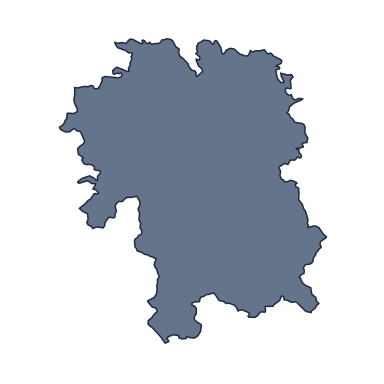 SVG path tracing the border of Guizhou, rotated 277°
{"feature_id": "CHN-1153", "entity_name": "Guizhou", "entity_type": "Province", "adm_level": 1, "iso_a3": "CHN", "parent_name": "China", "parent_adm1": "", "projection": "robinson", "projection_center": [106.929, 26.939], "detail": "fine", "context": "isolated", "style": "filled", "palette": "slate", "viewbox_px": 384, "rotation_deg": 277, "n_neighbors": 0, "source": "natural_earth", "source_scale": "10m", "svg_char_len": 5974}
<svg xmlns="http://www.w3.org/2000/svg" viewBox="0 0 384 384"><g transform="rotate(277 192 192)"><path d="M240.2,52.5L242.5,55.3L244.6,56.6L247.2,57.3L249.8,58.7L254.7,58.5L255.2,59.7L255.4,64.9L257.4,67.8L258.5,68.4L260.8,67.8L265.7,64.7L269.0,63.5L274.7,63.7L281.4,62.8L281.2,64.6L281.7,67.0L283.7,72.2L283.8,75.8L285.3,78.5L285.5,79.8L285.1,80.8L283.2,82.1L282.7,83.1L283.2,86.2L287.1,88.0L291.2,89.1L292.5,89.3L294.0,88.7L296.0,91.1L296.3,102.0L296.0,103.9L297.6,107.6L300.2,108.2L301.4,107.4L300.6,105.4L300.8,103.0L299.3,100.4L299.7,99.3L302.9,98.5L306.5,101.7L306.5,103.1L303.8,113.2L304.2,114.8L307.1,113.8L310.3,115.2L312.6,114.7L315.2,115.8L317.3,115.9L318.9,115.0L322.2,116.1L322.8,114.7L322.3,112.0L324.2,109.3L326.2,100.6L328.3,98.6L331.0,97.2L330.6,100.0L331.8,104.2L331.4,108.3L335.2,110.9L336.1,111.8L336.3,112.8L336.1,115.2L333.1,122.8L333.2,124.4L333.7,125.0L335.8,124.0L336.6,124.3L336.8,125.0L336.4,126.3L334.6,127.8L334.0,128.9L334.1,130.4L335.5,131.7L334.2,133.1L333.9,134.6L335.0,137.8L335.2,140.4L336.5,142.3L339.3,143.6L339.4,145.1L341.0,148.4L340.8,152.6L339.6,154.5L334.5,158.0L332.3,161.8L330.7,162.0L328.7,161.4L326.9,162.9L325.1,163.4L324.1,165.9L318.9,172.4L316.2,173.4L313.0,176.9L312.4,180.4L310.8,181.6L307.7,181.9L307.2,182.6L307.4,183.3L309.5,184.7L312.6,187.8L315.6,186.7L317.7,183.3L323.1,180.2L324.4,180.1L323.9,182.7L324.7,183.5L325.8,183.6L327.3,182.7L329.8,179.0L332.1,180.3L334.8,179.1L337.9,179.1L340.8,180.4L341.8,182.3L344.2,185.0L344.2,190.5L343.5,191.9L341.2,194.5L341.8,195.7L344.2,195.8L345.1,196.9L344.9,198.3L338.8,203.1L333.5,204.8L332.8,205.8L333.9,207.6L336.3,208.3L337.4,209.2L339.3,212.7L339.1,216.3L334.9,222.4L333.5,228.4L333.9,230.3L335.1,231.6L339.5,232.8L338.5,234.4L338.4,235.5L339.7,237.4L340.6,242.8L342.1,246.4L338.5,249.9L338.5,251.2L339.4,252.7L339.1,254.0L336.9,256.3L334.1,264.3L333.1,265.0L331.1,265.0L329.7,263.7L328.0,260.7L327.2,260.3L326.7,263.4L325.7,264.0L324.7,263.5L323.9,261.1L322.9,260.5L317.8,261.8L314.7,263.3L311.6,266.8L311.6,269.4L312.8,269.8L317.5,266.6L320.7,265.7L319.8,272.3L320.7,276.4L318.3,278.3L315.3,276.0L306.9,277.7L306.4,276.9L306.8,273.7L306.1,272.4L304.3,272.2L302.7,272.8L300.9,274.4L300.0,276.0L299.9,277.2L300.7,278.7L297.2,280.5L296.2,282.2L296.2,284.1L298.0,286.7L297.8,290.4L296.6,289.4L292.7,282.5L288.6,278.5L284.8,278.0L281.9,276.7L281.2,278.8L278.3,280.4L276.6,283.3L273.7,285.6L273.4,293.0L272.4,295.0L270.3,296.3L264.2,296.9L259.6,300.4L255.1,300.0L254.2,296.5L253.5,295.6L252.3,295.8L250.8,297.0L250.0,296.8L249.8,295.1L248.2,293.4L248.4,291.0L248.1,290.3L247.1,291.1L246.4,292.9L244.1,293.6L242.2,295.7L240.7,296.3L239.4,296.0L238.9,294.9L239.6,292.3L236.7,290.7L236.0,289.3L235.9,286.6L235.2,285.6L231.2,283.9L231.0,282.9L231.7,280.5L227.5,275.5L226.3,275.5L223.4,277.4L218.8,277.3L215.9,279.1L214.9,281.5L213.5,282.6L213.8,285.2L215.6,288.2L215.2,291.6L214.1,294.5L213.3,295.0L212.9,294.1L210.8,293.8L210.1,294.2L208.9,297.3L203.6,298.4L197.5,298.7L193.3,302.9L189.0,304.9L186.6,307.1L178.8,310.4L174.6,310.4L173.1,311.6L170.9,311.6L173.1,316.7L173.2,319.5L172.0,322.4L165.9,327.8L163.9,330.9L162.8,330.5L158.5,325.6L156.1,325.3L153.7,326.8L152.7,326.9L150.4,324.8L148.7,324.2L145.9,322.0L144.9,322.5L141.7,320.7L137.3,320.3L135.7,319.1L134.6,317.3L133.9,313.9L133.2,313.2L130.6,311.8L127.2,313.1L124.7,313.0L123.8,311.0L120.7,308.7L119.4,310.5L116.0,312.0L113.3,315.6L111.5,321.5L105.1,323.4L102.5,327.7L99.4,328.6L96.7,331.5L94.9,329.7L91.6,328.4L89.1,325.7L87.7,324.6L86.9,324.9L87.2,320.5L87.5,319.3L95.3,309.3L95.6,308.2L94.6,304.0L96.2,299.6L96.3,296.5L99.2,295.7L100.0,294.1L99.4,293.4L94.9,292.2L90.8,287.7L88.4,286.2L87.4,278.9L86.8,278.5L83.4,279.5L81.6,279.0L81.4,274.7L77.3,272.1L75.2,269.8L74.7,263.6L75.4,262.8L78.2,263.9L79.3,262.6L81.1,256.3L80.8,254.3L79.5,252.2L83.3,249.9L85.2,246.9L86.1,242.3L85.5,239.4L87.1,236.8L87.6,232.4L88.5,231.2L92.8,227.8L94.5,225.7L92.4,221.1L91.9,218.7L89.6,216.1L88.9,213.8L87.0,212.9L84.5,212.9L83.7,211.7L83.4,208.7L82.0,205.9L81.2,205.3L79.9,205.6L79.3,207.9L77.9,209.8L76.6,210.6L71.5,211.0L67.8,209.4L65.9,209.8L63.7,212.5L61.8,216.8L60.9,217.6L54.6,217.4L50.7,215.7L48.5,213.9L47.2,211.5L47.3,207.1L47.9,204.2L45.8,204.0L44.9,199.4L45.8,196.7L48.1,195.9L47.8,193.6L48.2,191.0L47.2,189.7L46.7,188.0L44.8,185.5L43.8,185.1L40.9,187.2L38.9,184.4L39.0,183.3L44.0,179.1L52.5,169.2L54.8,165.1L55.9,164.4L59.1,164.3L62.3,167.4L66.2,169.5L68.8,171.9L70.3,171.6L72.5,170.1L72.9,166.6L77.6,161.6L78.5,161.3L82.7,167.3L86.1,169.0L90.5,169.3L95.5,168.4L98.2,169.0L100.6,168.2L103.4,169.7L104.4,169.7L107.8,167.6L111.0,166.4L112.9,164.5L115.0,163.4L117.9,163.6L120.5,164.5L121.7,164.2L121.8,162.5L122.8,161.0L123.0,158.1L124.2,156.2L124.3,152.7L125.9,149.7L126.9,144.7L128.6,144.2L130.6,142.1L136.3,140.9L138.4,141.3L140.1,143.3L142.5,144.4L143.8,146.8L144.9,147.3L148.3,146.5L149.3,145.3L150.6,144.7L155.1,144.8L156.8,143.2L158.3,142.7L165.2,142.5L166.8,141.2L168.5,140.6L172.5,141.7L175.0,141.8L177.9,140.2L181.0,137.8L179.2,132.3L178.8,128.4L177.1,126.2L174.1,124.1L173.6,120.5L172.6,119.3L168.9,117.3L163.7,119.3L161.0,118.4L157.6,118.5L156.8,117.3L156.7,115.3L157.1,113.6L156.3,112.2L150.9,109.4L147.7,109.4L145.3,107.8L145.8,105.5L145.5,101.2L143.6,98.1L145.7,96.1L146.8,92.8L148.9,91.3L152.2,92.2L157.7,91.0L159.4,85.9L162.0,82.2L167.3,87.4L171.2,90.1L172.5,92.1L178.1,94.9L178.6,95.9L178.7,98.6L180.0,99.3L182.4,96.2L183.0,93.2L186.6,95.1L188.4,95.1L188.2,91.2L189.8,88.6L190.2,86.4L187.1,79.5L187.0,78.3L187.8,77.3L188.9,77.9L192.2,81.4L195.6,88.6L193.9,92.9L192.0,95.5L191.9,96.7L195.7,96.3L197.1,96.8L199.0,98.6L200.9,98.6L201.9,97.5L201.9,93.8L202.5,92.1L204.6,92.2L206.4,90.2L207.0,86.8L206.3,83.7L207.0,81.1L210.2,78.8L211.0,78.8L212.7,80.0L215.6,74.6L220.2,73.4L221.5,73.5L223.0,74.5L226.5,78.2L228.7,79.2L230.0,78.9L237.7,74.3L238.4,73.2L238.9,69.8L240.3,68.1L240.4,67.2L239.8,66.1L236.8,63.3L236.2,59.0L237.6,54.8L238.7,53.3L240.2,52.5Z" fill="#64748b" stroke="#1e293b" stroke-width="1.5"/></g></svg>